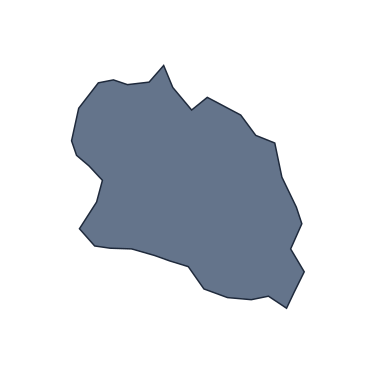 outline of Latsia, Nicosia, Cyprus, rotated 120°
{"feature_id": "46923920B51711954160874", "entity_name": "Latsia", "entity_type": "district", "adm_level": 2, "iso_a3": "CYP", "parent_name": "Cyprus", "parent_adm1": "Nicosia", "projection": "albers", "projection_center": [33.376, 35.094], "detail": "fine", "context": "isolated", "style": "filled", "palette": "slate", "viewbox_px": 384, "rotation_deg": 120, "n_neighbors": 0, "source": "geoboundaries", "source_scale": "gbopen_adm2", "svg_char_len": 606}
<svg xmlns="http://www.w3.org/2000/svg" viewBox="0 0 384 384"><g transform="rotate(120 192 192)"><path d="M108.2,144.8L111.1,165.1L101.0,188.3L102.4,226.1L121.2,233.3L111.1,260.9L96.6,279.8L118.3,284.1L131.3,301.6L134.2,316.1L144.3,327.7L157.0,329.4L176.1,332.0L207.9,321.9L218.0,310.3L220.9,294.3L226.7,275.4L248.4,269.6L280.1,271.1L287.4,249.3L281.6,234.8L271.5,215.9L265.7,192.7L262.8,176.7L258.5,157.9L270.0,133.2L265.7,108.5L255.6,86.8L244.0,73.7L245.4,52.0L228.1,53.4L205.0,54.9L192.0,78.1L164.6,81.0L153.0,94.0L134.2,121.6L108.2,144.8Z" fill="#64748b" stroke="#1e293b" stroke-width="1.5"/></g></svg>